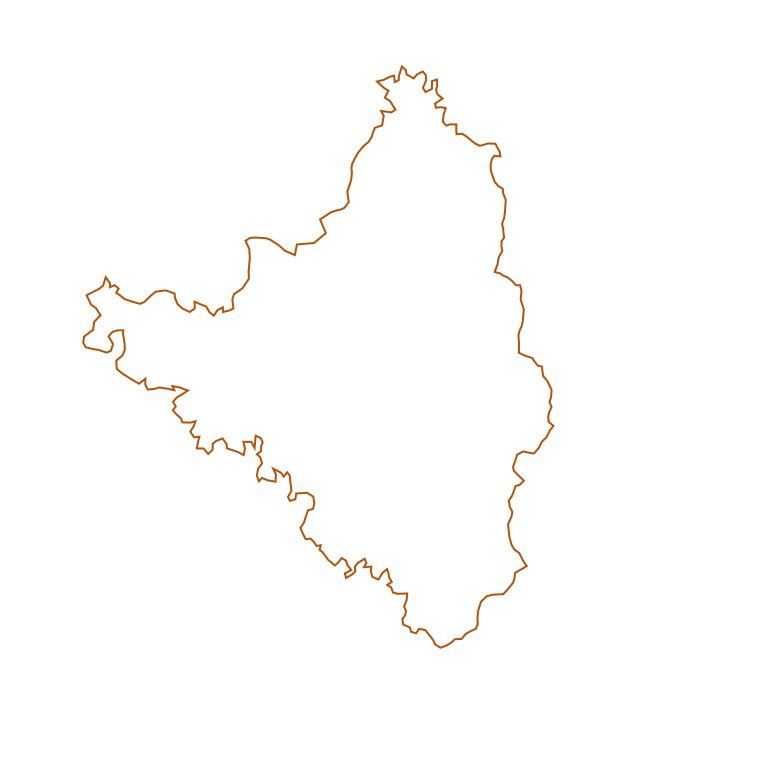 Faxinal, Paraná, Brazil, rotated 56°
{"feature_id": "56859067B81373422903240", "entity_name": "Faxinal", "entity_type": "district", "adm_level": 2, "iso_a3": "BRA", "parent_name": "Brazil", "parent_adm1": "Paraná", "projection": "mercator", "projection_center": [-51.3, -24.003], "detail": "fine", "context": "isolated", "style": "outline", "palette": "amber", "viewbox_px": 768, "rotation_deg": 56, "n_neighbors": 0, "source": "geoboundaries", "source_scale": "gbopen_adm2", "svg_char_len": 4821}
<svg xmlns="http://www.w3.org/2000/svg" viewBox="0 0 768 768"><g transform="rotate(56 384 384)"><path d="M132.5,207.5L131.7,214.1L129.3,220.6L138.4,218.5L143.3,216.3L147.1,223.2L153.0,220.7L157.4,220.9L163.0,221.1L162.9,226.0L160.1,229.1L156.1,233.7L161.4,234.2L168.5,240.9L166.6,248.3L168.9,251.9L172.4,256.3L174.7,261.5L175.3,267.9L177.8,276.4L181.3,283.1L183.7,287.3L186.7,290.2L191.1,292.6L196.6,297.2L204.0,306.9L213.5,311.5L215.8,318.5L215.1,322.6L213.2,327.4L212.0,331.8L211.8,345.0L226.4,347.8L228.0,363.2L222.6,372.8L219.6,378.2L227.3,385.8L218.1,391.7L210.9,393.4L206.9,395.0L200.4,397.8L197.2,400.3L190.5,408.9L187.9,413.7L187.9,418.8L196.8,420.2L204.8,425.0L215.1,433.4L221.1,437.0L225.5,447.7L225.7,458.3L229.1,462.4L237.1,466.6L236.7,470.8L234.3,477.2L230.3,474.7L229.7,480.9L232.2,486.9L226.9,488.5L220.0,488.1L216.8,490.6L209.9,495.0L215.6,498.7L215.6,504.9L208.4,509.0L202.3,510.5L195.8,509.1L191.8,507.0L184.2,512.8L179.9,521.5L180.2,526.9L182.0,537.0L181.0,541.6L174.7,546.9L168.6,551.5L162.6,553.4L158.7,555.0L156.5,550.6L151.4,552.1L150.5,557.1L147.2,554.8L139.9,555.0L145.5,562.0L145.8,567.1L144.1,580.9L154.6,582.5L159.9,580.4L168.6,580.5L169.3,584.6L170.5,589.7L176.4,594.8L176.6,599.7L177.0,606.2L181.6,610.3L186.7,610.7L191.5,606.5L196.0,601.7L202.9,596.3L203.8,591.8L199.3,586.3L190.5,585.7L189.0,580.0L190.5,574.9L193.7,570.2L196.9,572.6L201.2,574.4L206.1,576.8L210.7,579.8L214.1,584.8L214.9,592.9L222.1,597.1L229.2,595.0L239.6,590.4L246.8,586.9L246.2,578.9L250.8,582.1L256.5,583.0L259.6,577.2L261.1,572.4L266.0,567.0L271.9,561.3L267.4,560.6L272.9,555.0L276.3,552.8L279.7,550.2L279.7,556.0L279.3,562.9L280.7,568.9L286.2,569.2L287.7,573.7L293.0,573.1L299.1,571.5L303.1,572.6L307.7,566.2L309.4,561.1L312.5,565.2L315.2,571.2L322.1,571.2L324.5,566.5L328.1,570.7L332.8,575.2L336.6,569.6L343.7,568.9L342.7,562.9L337.7,559.3L337.4,555.0L338.9,548.3L345.9,548.1L349.4,550.2L358.8,543.1L364.4,540.0L359.8,535.4L353.4,532.9L357.7,526.4L364.6,527.0L355.1,519.3L359.6,516.5L364.4,517.1L367.4,521.1L370.9,523.4L371.2,528.7L375.4,527.6L381.5,529.4L383.8,535.7L388.9,540.7L394.8,542.1L393.7,537.7L399.0,534.1L404.3,528.5L398.8,524.3L392.2,523.2L400.0,519.0L404.7,519.0L403.0,513.7L407.2,513.4L420.9,520.6L423.9,526.7L428.3,527.3L430.0,522.0L425.7,518.0L431.2,508.6L437.8,505.6L444.1,508.6L447.9,512.7L446.2,517.7L450.9,523.8L454.2,528.0L456.5,533.8L463.0,535.0L468.8,535.7L471.1,531.3L476.3,530.4L480.5,530.5L482.3,526.6L485.5,530.1L489.4,528.9L498.1,528.7L507.0,526.2L506.3,521.3L504.6,516.4L509.4,514.2L513.1,515.5L520.0,515.2L519.1,522.4L523.6,523.9L524.1,517.4L523.4,512.7L519.1,510.2L517.7,505.4L518.1,497.8L522.6,498.7L524.6,503.1L528.3,496.6L532.3,500.0L537.5,501.4L543.0,498.0L539.7,490.8L539.2,485.0L543.5,486.2L547.1,487.9L552.5,488.3L552.3,493.7L556.7,491.8L561.8,493.2L565.5,490.1L570.6,481.9L575.7,486.0L579.8,491.8L584.5,492.7L587.5,495.7L589.0,500.1L594.1,502.6L600.3,498.7L604.6,500.1L608.6,496.8L606.6,491.8L611.1,487.4L620.1,486.6L624.4,486.5L628.6,487.2L634.2,484.7L635.7,478.8L636.0,473.2L635.3,467.9L638.7,462.3L636.9,455.8L637.4,449.9L638.3,444.7L635.5,440.5L630.4,437.5L624.4,432.5L618.7,425.3L617.4,417.5L619.4,411.9L624.9,402.6L623.3,396.0L621.0,388.3L618.5,384.9L613.9,380.8L614.3,375.0L614.8,367.5L608.6,367.5L599.7,366.4L594.5,368.4L589.2,368.3L581.2,365.7L573.4,361.6L569.6,359.5L565.1,352.3L561.8,349.1L556.1,348.4L550.4,345.6L548.3,340.4L545.3,336.0L542.1,332.0L543.5,328.1L542.4,322.1L534.3,323.9L528.4,324.9L524.8,323.3L521.3,318.5L517.1,313.2L517.7,306.4L522.2,302.1L525.5,298.6L523.4,290.9L520.2,285.6L519.0,279.2L515.1,272.0L513.5,267.0L507.4,268.6L503.1,266.3L499.5,262.5L496.8,258.0L491.4,256.8L488.6,253.1L482.5,248.3L472.8,246.9L466.6,247.6L461.8,245.5L458.0,243.2L454.8,246.2L449.8,246.6L445.5,246.5L438.4,252.0L433.5,254.7L426.4,249.7L422.4,247.4L418.4,245.0L415.6,241.8L413.2,237.7L408.9,233.3L400.4,226.4L394.4,224.7L390.3,223.4L383.6,217.9L378.2,216.0L375.8,219.4L370.5,220.1L365.0,221.8L361.1,224.4L357.1,226.0L353.0,229.6L348.2,222.9L343.1,218.1L339.8,211.4L335.8,209.8L331.3,206.7L329.9,202.6L325.4,200.4L321.6,198.2L317.4,196.7L313.4,191.4L309.2,187.7L304.3,183.9L299.5,180.1L293.0,178.7L288.7,176.4L284.1,178.5L278.4,179.2L272.4,177.7L267.0,176.1L262.6,173.6L258.0,169.0L256.5,164.9L260.4,160.4L256.0,158.2L252.1,157.9L247.1,157.3L242.8,163.2L240.2,171.3L235.6,174.0L229.5,175.9L225.3,177.1L220.2,179.3L217.5,184.2L213.6,181.9L209.3,178.9L205.8,183.8L204.6,187.9L199.5,188.5L194.2,184.2L189.9,178.6L186.4,181.9L184.0,186.5L180.1,184.8L180.1,175.8L173.6,177.7L169.2,176.3L166.5,173.1L161.2,169.9L159.7,174.9L166.1,179.1L165.2,186.3L160.3,186.1L155.9,179.5L151.3,176.6L146.6,177.1L145.8,183.2L147.2,188.6L139.9,192.2L136.3,190.4L130.8,191.6L137.0,199.4L140.3,201.9L139.7,206.3L134.0,203.2L132.5,207.5Z" fill="none" stroke="#b45309" stroke-width="2"/></g></svg>